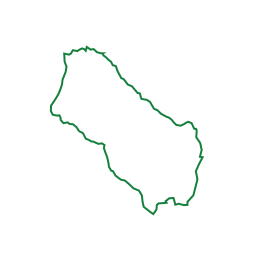 outline of Amargeti, Paphos, Cyprus, rotated 150°
{"feature_id": "46923920B2584944489966", "entity_name": "Amargeti", "entity_type": "district", "adm_level": 2, "iso_a3": "CYP", "parent_name": "Cyprus", "parent_adm1": "Paphos", "projection": "equal_earth", "projection_center": [32.584, 34.817], "detail": "fine", "context": "isolated", "style": "outline", "palette": "green", "viewbox_px": 256, "rotation_deg": 150, "n_neighbors": 0, "source": "geoboundaries", "source_scale": "gbopen_adm2", "svg_char_len": 1675}
<svg xmlns="http://www.w3.org/2000/svg" viewBox="0 0 256 256"><g transform="rotate(150 128 128)"><path d="M69.5,93.2L71.1,94.3L70.7,97.9L70.5,100.4L72.8,103.3L75.2,103.5L77.7,103.4L81.3,103.7L84.6,106.5L85.7,110.3L86.0,113.2L87.3,116.4L88.9,118.3L92.3,123.8L93.6,128.6L95.9,131.7L95.9,136.4L95.9,139.5L97.6,143.0L101.7,146.4L101.6,147.9L100.4,152.0L102.2,153.5L102.7,156.6L103.8,162.3L106.4,165.6L107.3,172.4L108.9,174.7L108.7,180.3L108.5,183.1L107.6,187.7L109.8,190.1L109.6,193.9L110.8,196.8L111.9,200.7L113.0,203.2L112.6,205.2L112.4,205.2L113.8,206.0L116.9,209.0L118.3,213.5L121.2,214.6L123.2,218.8L126.0,216.0L126.5,218.2L128.0,219.9L131.2,220.1L133.3,219.9L136.8,222.9L140.3,221.0L142.3,221.0L145.4,223.7L146.1,224.3L147.9,220.6L149.7,217.2L150.6,211.8L152.1,210.0L153.9,207.8L160.6,202.5L163.3,198.8L168.0,194.6L171.7,191.9L176.6,189.2L183.5,185.8L186.4,181.1L186.4,179.9L186.5,177.1L183.3,174.2L181.1,173.3L181.3,170.4L182.3,168.8L181.5,164.5L177.4,163.0L176.6,160.7L173.8,158.8L172.2,154.5L171.9,149.7L169.6,146.1L169.9,139.8L167.9,137.3L166.6,134.9L164.6,133.3L163.3,131.4L161.6,129.1L158.2,127.7L156.9,124.9L158.9,122.7L159.7,118.8L160.6,113.3L162.3,107.8L163.9,103.8L163.9,100.8L163.9,99.4L162.6,98.2L162.6,92.9L160.0,86.8L157.0,84.1L155.5,80.0L153.4,73.0L149.8,68.2L149.7,62.5L152.1,57.3L153.8,51.9L150.8,44.4L149.1,40.8L144.2,43.1L141.4,47.0L139.3,47.4L135.1,45.4L132.0,44.0L132.0,45.8L127.5,46.5L123.6,44.7L125.3,37.9L121.9,37.0L118.3,33.4L115.0,31.7L113.4,34.3L105.1,37.0L99.0,43.2L93.6,48.7L91.4,55.0L90.9,56.6L85.3,60.7L81.1,63.4L78.0,65.4L80.1,67.1L75.2,72.1L73.0,78.8L73.5,85.9L69.9,91.2L69.5,93.2Z" fill="none" stroke="#15803d" stroke-width="2"/></g></svg>